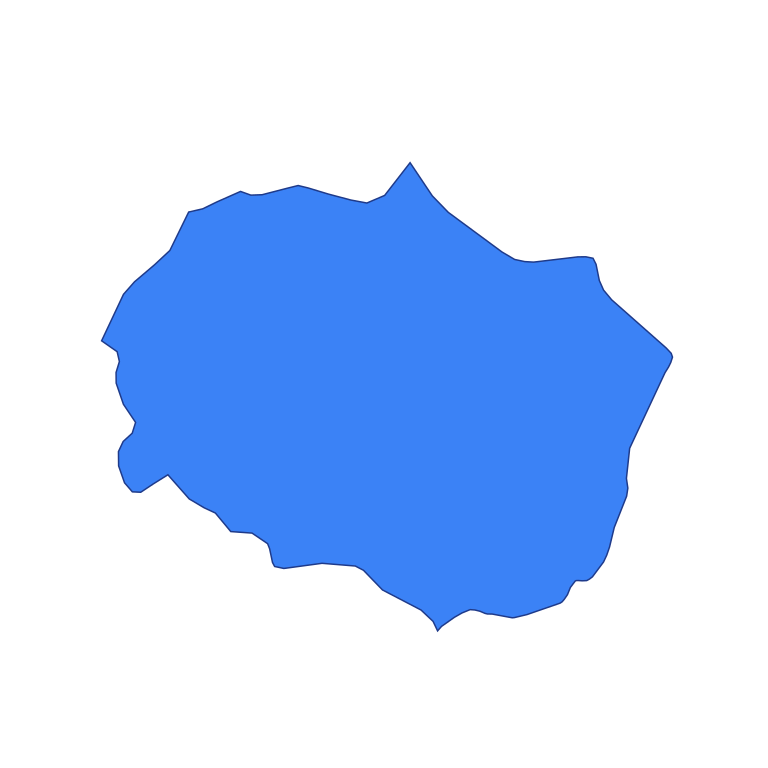 the border of Kaffrine, rotated 25°
{"feature_id": "SEN-5516", "entity_name": "Kaffrine", "entity_type": "Region", "adm_level": 1, "iso_a3": "SEN", "parent_name": "Senegal", "parent_adm1": "", "projection": "albers", "projection_center": [-15.14, 14.22], "detail": "fine", "context": "isolated", "style": "filled", "palette": "blue", "viewbox_px": 768, "rotation_deg": 25, "n_neighbors": 0, "source": "natural_earth", "source_scale": "10m", "svg_char_len": 1418}
<svg xmlns="http://www.w3.org/2000/svg" viewBox="0 0 768 768"><g transform="rotate(25 384 384)"><path d="M536.9,585.1L528.8,578.4L513.1,573.2L469.7,571.3L444.1,561.5L434.9,561.1L403.6,572.7L371.2,593.5L362.0,595.6L358.4,592.9L350.0,581.7L346.0,577.9L327.4,574.9L307.5,582.5L285.7,572.2L273.2,572.2L256.1,570.5L226.5,557.6L217.1,572.1L209.3,584.9L201.5,588.1L190.6,583.2L178.1,570.4L171.9,557.5L171.9,546.3L176.6,535.0L175.1,523.8L156.4,512.5L140.9,496.4L136.3,486.8L134.7,475.5L128.5,467.5L109.8,464.2L109.9,441.7L110.0,412.8L114.7,396.8L125.7,372.8L133.5,353.5L134.3,310.7L145.6,301.9L155.6,289.6L172.6,270.1L183.5,269.1L193.5,264.0L213.4,247.6L222.3,240.4L232.3,238.4L253.2,235.4L276.1,231.3L292.0,227.2L304.9,212.8L314.1,172.4L348.3,193.1L369.8,201.3L435.2,214.5L449.8,215.9L459.8,213.6L468.1,210.3L505.9,186.9L513.2,183.4L520.3,181.7L525.6,185.9L535.4,199.2L543.3,206.1L554.8,211.5L624.5,232.1L631.3,234.8L634.1,237.7L634.8,243.3L634.7,248.3L633.9,255.1L633.8,338.4L643.6,367.1L649.0,375.3L651.3,383.1L653.3,416.7L657.3,436.4L658.2,445.0L658.2,452.5L654.4,470.7L652.6,474.1L650.8,476.5L646.8,478.6L642.9,480.1L641.2,481.0L640.6,481.7L638.9,489.6L639.3,497.4L638.4,502.8L637.5,506.1L636.3,508.1L611.1,532.5L600.9,540.6L599.0,541.7L579.2,546.8L575.0,548.7L572.5,549.2L566.9,549.4L561.9,550.4L557.4,552.1L551.5,558.5L546.4,565.7L538.6,579.3L536.9,585.1Z" fill="#3b82f6" stroke="#1e3a8a" stroke-width="1.5"/></g></svg>